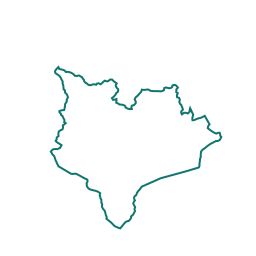 Santa Leopoldina, Espírito Santo, Brazil, rotated 63°
{"feature_id": "56859067B80837688961366", "entity_name": "Santa Leopoldina", "entity_type": "district", "adm_level": 2, "iso_a3": "BRA", "parent_name": "Brazil", "parent_adm1": "Espírito Santo", "projection": "orthographic", "projection_center": [-40.564, -20.108], "detail": "fine", "context": "isolated", "style": "outline", "palette": "teal", "viewbox_px": 256, "rotation_deg": 63, "n_neighbors": 0, "source": "geoboundaries", "source_scale": "gbopen_adm2", "svg_char_len": 3662}
<svg xmlns="http://www.w3.org/2000/svg" viewBox="0 0 256 256"><g transform="rotate(63 128 128)"><path d="M213.9,180.5L213.0,178.3L212.1,176.4L211.3,174.6L210.7,172.8L210.7,171.1L211.1,169.5L210.4,167.6L209.5,166.1L208.2,165.4L207.8,163.8L207.4,162.5L206.6,161.4L205.2,159.5L202.9,158.9L201.7,157.5L199.7,157.7L197.7,157.6L196.3,156.2L195.7,154.7L194.1,154.7L192.9,154.3L191.8,153.0L191.5,151.1L189.8,149.4L188.8,147.4L188.0,145.1L187.1,143.8L186.5,142.1L187.6,121.7L192.5,98.1L192.8,96.7L195.3,82.8L194.1,81.4L192.5,80.7L191.0,79.6L189.5,78.6L188.2,77.8L187.2,76.6L185.4,75.6L183.8,74.7L182.2,73.6L181.2,71.5L180.9,68.8L180.3,66.3L180.0,64.6L179.7,62.8L179.6,60.9L179.6,58.3L179.5,55.8L180.4,53.5L180.2,51.4L178.3,48.9L176.8,49.3L175.4,48.8L173.8,48.5L173.1,50.3L173.1,51.8L171.8,53.0L169.9,54.2L168.2,55.2L166.6,56.0L164.3,57.0L162.6,55.6L161.8,53.7L152.0,54.1L152.0,56.4L152.0,58.4L151.5,60.4L151.2,62.0L151.1,63.8L151.0,65.6L150.4,67.0L149.1,66.6L147.5,65.5L145.9,63.9L138.6,63.6L139.9,64.8L141.5,65.8L142.2,68.1L140.7,69.5L139.8,71.5L140.4,73.7L138.7,73.8L137.3,72.9L136.6,70.8L135.2,70.4L133.3,70.3L131.5,70.1L129.9,70.7L127.9,70.4L126.3,68.9L124.4,68.8L122.8,70.3L120.8,69.4L119.6,67.8L117.9,68.7L115.5,67.3L114.7,65.2L113.2,65.5L111.9,65.9L110.6,67.0L110.3,69.1L111.5,70.0L111.8,71.6L111.3,73.3L110.1,74.6L109.0,76.0L108.9,77.6L110.6,78.7L110.6,81.2L109.8,82.9L108.7,84.6L107.6,86.8L106.5,89.0L104.7,91.4L103.0,92.3L102.1,94.3L101.4,96.4L100.1,98.3L101.7,99.8L102.4,101.7L103.0,103.1L103.7,105.0L104.1,107.1L105.5,109.1L108.1,109.1L109.5,110.0L110.2,112.1L109.9,114.5L111.1,115.6L112.8,116.0L112.0,117.8L111.1,119.0L110.1,119.8L108.7,120.9L107.2,120.5L105.8,121.3L104.5,122.7L103.3,124.8L101.4,125.9L100.1,127.0L98.3,125.8L96.9,125.2L96.8,126.8L96.1,128.6L94.0,128.7L93.7,126.6L92.7,124.1L91.5,122.6L91.2,120.6L90.1,119.6L88.8,119.2L87.3,119.7L85.6,119.9L84.3,119.5L83.1,117.8L81.1,118.9L79.3,119.7L77.7,120.1L76.7,121.8L77.2,124.3L76.8,125.8L75.3,127.2L75.7,129.3L76.3,130.9L76.6,132.6L74.8,133.8L74.4,135.5L75.0,136.7L73.8,138.1L73.1,139.9L72.9,142.0L71.7,143.6L69.8,144.4L68.2,145.4L66.6,145.8L64.7,145.4L63.3,146.0L62.0,145.8L60.5,146.8L58.9,147.9L58.4,150.0L57.3,151.7L55.6,152.0L54.1,152.8L52.7,153.8L51.6,154.9L50.5,156.4L49.8,158.0L48.0,158.4L46.7,159.5L45.5,160.9L44.1,162.5L42.1,162.3L42.9,164.9L44.2,167.2L45.9,167.8L47.5,167.1L49.0,166.1L50.6,165.4L52.7,165.1L54.2,165.3L55.8,165.1L57.3,165.2L58.5,166.1L60.2,166.2L62.6,167.1L64.4,167.8L65.8,167.1L67.8,168.0L70.1,167.2L71.8,167.3L73.6,167.7L74.8,169.6L76.5,170.5L77.3,171.7L78.2,173.2L80.3,174.5L81.8,175.6L83.0,176.8L82.0,179.4L81.8,181.5L83.1,181.9L84.9,181.3L86.2,181.7L87.4,181.0L88.8,181.0L90.3,181.1L92.1,181.0L93.8,182.2L95.4,181.3L95.8,183.0L96.1,184.9L98.1,185.7L99.5,187.0L99.4,189.1L99.6,191.1L101.0,192.4L102.3,193.0L103.7,193.6L104.1,195.8L105.8,196.8L106.6,198.3L107.9,198.0L109.2,197.3L111.0,196.2L113.1,195.0L114.9,197.6L114.8,199.2L114.7,200.7L114.0,201.9L113.1,203.8L113.1,205.5L114.0,207.5L115.5,207.3L117.3,207.3L118.9,206.6L120.5,206.6L123.5,207.1L125.5,207.2L130.5,207.4L143.1,199.4L144.0,197.8L144.4,196.4L145.2,195.1L146.3,194.2L147.4,193.5L148.5,192.6L149.7,191.9L151.1,190.9L152.8,189.8L154.4,188.5L155.5,187.7L157.2,188.2L158.5,190.0L161.3,191.1L163.9,190.7L165.4,189.7L166.5,188.6L167.4,187.6L168.6,186.2L169.7,184.9L171.7,183.3L173.5,182.4L174.9,183.7L176.8,184.0L178.3,184.5L179.8,184.3L181.0,184.9L182.3,185.6L184.1,185.6L186.3,186.9L188.6,187.0L190.3,186.5L191.7,186.4L193.6,186.8L195.5,187.3L197.7,187.4L199.0,188.4L200.7,187.7L202.4,186.9L204.4,186.0L207.2,185.1L209.3,184.5L212.3,182.1L213.9,180.5Z" fill="none" stroke="#0f766e" stroke-width="2"/></g></svg>